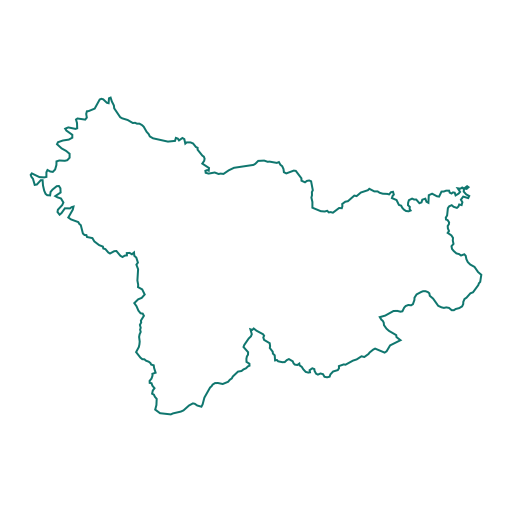 Ponta Grossa, Paraná, Brazil (Albers equal-area conic projection)
{"feature_id": "56859067B71794662586420", "entity_name": "Ponta Grossa", "entity_type": "district", "adm_level": 2, "iso_a3": "BRA", "parent_name": "Brazil", "parent_adm1": "Paraná", "projection": "albers", "projection_center": [-50.069, -25.139], "detail": "fine", "context": "isolated", "style": "outline", "palette": "teal", "viewbox_px": 512, "rotation_deg": 0, "n_neighbors": 0, "source": "geoboundaries", "source_scale": "gbopen_adm2", "svg_char_len": 6040}
<svg xmlns="http://www.w3.org/2000/svg" viewBox="0 0 512 512"><path d="M464.1,188.5L462.2,187.5L460.3,188.7L457.7,188.3L460.1,191.9L458.6,193.6L455.6,195.4L454.7,192.7L453.0,192.4L451.5,193.5L449.7,192.6L449.1,190.7L446.0,190.7L443.9,191.5L441.5,191.6L439.1,196.6L437.0,196.3L432.1,193.7L428.8,195.2L428.4,202.8L426.5,201.8L425.3,198.7L422.3,199.7L421.5,202.4L419.4,203.2L416.2,199.5L414.0,199.5L412.1,198.6L408.9,200.2L408.1,202.8L408.0,205.2L409.8,206.9L409.6,209.0L410.6,210.5L408.6,211.3L406.0,211.0L403.9,209.6L402.2,207.7L401.2,205.7L398.9,204.9L396.5,200.0L391.9,198.1L392.6,195.9L393.8,194.6L393.0,191.8L391.0,192.2L389.1,194.4L387.3,193.9L382.8,193.7L379.7,192.8L377.6,191.4L374.3,191.4L369.3,188.8L367.9,190.2L360.9,192.5L356.6,196.1L354.3,195.6L347.9,201.2L345.3,201.7L342.2,204.0L342.4,206.1L341.8,208.2L339.1,208.0L332.9,212.7L330.7,212.1L328.8,212.4L327.2,210.8L324.8,211.5L320.8,211.2L312.4,207.7L312.4,202.0L311.4,197.6L312.0,195.2L311.9,192.1L312.8,190.2L311.1,181.3L309.2,180.5L306.9,180.9L305.0,182.3L301.5,180.7L301.4,178.3L295.8,170.9L293.8,170.6L286.3,173.4L283.9,172.2L283.5,169.1L282.2,166.2L280.4,164.8L278.9,162.1L276.8,162.9L269.5,161.6L267.7,161.8L264.2,160.6L258.2,160.9L255.3,163.8L253.5,164.9L234.0,167.8L228.8,170.3L223.5,173.9L220.5,173.6L218.6,174.0L214.7,172.5L208.6,173.6L205.7,172.8L205.4,170.8L207.1,170.1L208.7,170.7L209.0,168.0L202.3,163.6L204.2,160.8L204.6,158.7L203.8,156.6L202.4,155.7L197.6,149.7L197.6,147.8L195.9,147.0L193.1,143.5L190.5,142.4L186.7,142.4L185.3,143.6L184.3,139.1L182.4,138.0L179.0,140.4L177.8,138.6L175.9,137.9L175.0,140.9L167.9,141.6L153.0,138.3L149.8,136.4L148.7,134.1L146.6,131.8L143.7,126.7L142.0,125.1L139.5,123.7L137.0,123.7L135.1,122.8L132.8,123.0L127.7,120.0L122.1,118.3L120.2,117.2L114.2,108.3L113.9,105.5L111.8,101.4L110.6,97.6L109.0,98.3L108.6,103.2L106.9,102.8L103.2,99.3L101.4,98.8L99.7,99.5L94.7,108.6L88.6,111.1L86.9,111.3L86.2,113.9L86.8,117.6L85.2,119.6L77.5,118.5L76.0,119.5L77.0,123.0L77.2,128.3L75.5,128.9L68.3,127.4L65.2,128.7L66.4,130.6L72.3,134.8L72.3,137.7L68.8,139.6L62.9,140.5L58.0,142.2L57.0,144.2L61.6,148.4L66.1,150.9L69.6,153.8L69.6,157.7L67.3,160.2L64.9,160.8L59.3,160.5L56.5,161.4L56.4,165.0L55.1,169.5L52.8,171.9L50.2,171.5L47.5,170.0L46.4,172.3L46.4,176.9L44.2,177.4L39.4,177.1L31.8,173.4L30.7,174.9L31.4,176.8L33.0,178.9L34.7,184.9L36.9,184.5L40.8,180.2L42.6,180.2L43.0,185.5L44.2,190.7L45.6,193.9L47.2,195.2L50.1,195.4L50.6,191.9L52.5,189.6L56.7,186.2L58.9,186.0L60.4,188.3L60.6,192.5L55.3,196.1L57.4,197.3L61.0,198.5L63.4,202.5L62.2,205.1L57.9,209.7L57.5,212.0L59.6,214.7L61.5,213.1L64.9,208.3L70.0,208.4L71.5,207.2L73.5,206.6L72.8,209.6L68.3,217.5L71.0,219.4L78.3,222.1L79.3,223.9L80.8,225.2L82.9,233.5L84.5,235.0L86.4,235.1L87.0,237.0L92.4,238.1L94.3,241.4L99.1,245.1L102.9,246.6L103.3,248.5L105.4,249.1L108.3,252.5L110.0,253.5L114.2,251.2L116.4,251.0L120.4,255.8L122.5,257.0L124.8,255.6L126.9,255.4L126.8,253.1L129.6,252.9L131.9,254.3L134.0,252.5L134.3,255.8L136.3,257.6L137.9,262.6L136.4,264.7L138.1,269.2L137.4,280.5L138.2,284.9L138.0,287.1L142.2,289.4L144.7,294.5L141.7,297.9L138.2,299.3L134.3,303.1L136.5,306.2L138.4,310.6L140.6,313.3L142.7,313.6L143.9,315.8L140.9,320.6L141.2,322.5L139.9,324.9L140.7,327.8L140.1,329.7L140.7,331.9L139.6,334.3L139.1,336.9L139.7,341.6L139.4,344.5L138.8,347.1L136.1,352.1L140.4,357.6L142.3,359.2L144.4,359.3L146.0,360.7L148.7,361.7L150.4,363.0L151.2,364.6L153.7,365.3L154.1,368.0L155.6,372.7L152.4,373.8L152.5,375.7L151.5,378.6L149.6,380.9L149.7,382.9L151.5,383.2L152.4,385.7L154.5,388.2L152.8,390.5L152.1,393.7L153.9,394.7L154.9,396.8L156.7,398.9L156.4,405.1L155.2,409.6L160.0,413.2L170.8,414.4L173.0,413.4L180.8,411.6L183.5,410.4L189.0,405.5L192.9,403.4L194.8,403.8L197.2,405.5L201.4,406.7L202.6,404.4L204.4,397.6L210.1,387.5L211.6,386.2L212.6,384.6L215.0,383.1L217.9,383.0L222.7,384.0L228.1,381.8L229.8,379.8L231.8,378.4L232.8,376.5L238.0,371.6L241.5,371.0L243.5,369.4L246.0,368.3L247.9,366.4L249.5,365.7L249.4,363.7L246.5,361.9L246.4,358.8L246.9,356.4L248.0,354.7L248.1,352.2L243.5,347.0L244.3,344.9L248.7,338.5L250.9,336.4L251.8,334.2L250.4,329.3L252.3,329.9L253.7,328.5L256.5,330.7L263.0,334.2L264.1,335.7L263.3,337.5L264.1,339.9L269.7,343.2L270.1,346.2L269.8,348.0L272.7,351.7L272.9,353.6L274.7,355.3L275.1,360.4L276.9,360.0L278.1,361.3L282.4,362.2L284.7,362.1L286.8,360.1L288.9,359.1L292.7,361.3L293.6,363.4L294.8,364.6L297.3,365.0L299.3,363.6L299.6,365.4L301.7,366.8L303.3,369.3L305.7,371.9L308.3,372.6L310.0,372.3L309.6,370.2L312.3,368.3L314.3,369.1L314.6,371.0L316.1,373.7L317.9,374.6L320.5,373.5L323.0,374.2L324.5,376.8L327.1,377.3L329.6,376.7L330.4,374.4L333.1,371.5L337.8,370.1L339.0,368.3L338.9,366.1L343.8,364.4L345.5,364.7L353.0,360.6L356.7,359.4L361.5,356.3L364.3,357.0L368.5,354.0L369.6,352.5L373.2,349.6L375.1,348.6L384.6,352.6L386.6,351.3L390.1,345.4L400.5,340.2L396.5,337.1L396.2,335.1L389.0,330.9L386.5,328.7L384.0,325.2L383.7,322.6L382.8,320.9L381.3,319.6L379.8,317.1L385.2,315.6L393.5,311.0L397.3,310.9L400.5,311.7L402.4,311.3L404.2,307.6L405.7,306.0L408.3,305.0L411.1,305.3L412.9,304.2L414.4,300.0L414.5,297.7L416.6,294.4L421.3,291.9L423.1,291.2L425.5,291.2L427.9,292.1L429.3,293.3L429.8,295.8L433.1,298.6L438.2,305.8L441.4,307.3L443.9,307.9L446.3,307.4L449.0,307.9L451.7,310.2L453.9,310.2L455.7,309.0L459.2,308.1L462.1,306.4L463.2,304.1L463.3,301.9L464.5,299.0L466.5,297.7L470.4,293.3L473.0,292.3L478.3,285.1L478.9,283.3L480.2,281.9L481.3,274.8L478.1,272.1L474.5,266.9L470.2,264.5L467.8,262.1L466.4,259.2L465.7,255.8L464.3,254.3L461.0,255.5L459.1,254.1L456.4,253.4L453.7,251.0L452.0,248.9L451.5,246.2L453.5,243.9L452.8,240.6L453.0,237.9L451.4,235.4L447.7,232.9L449.0,231.0L447.9,228.5L447.7,226.0L448.9,224.2L449.1,222.4L447.6,220.1L446.0,219.5L445.8,217.6L447.1,215.5L447.9,208.1L449.2,206.3L451.7,205.2L453.6,206.8L456.9,207.9L458.4,206.6L459.2,204.5L461.6,205.1L462.4,202.2L460.9,199.7L463.2,196.6L468.2,198.1L469.2,196.0L466.2,194.4L463.7,191.6L464.1,188.5ZM467.1,186.2L464.1,188.5L466.6,188.9L468.5,187.2L467.1,186.2Z" fill="none" stroke="#0f766e" stroke-width="2"/></svg>